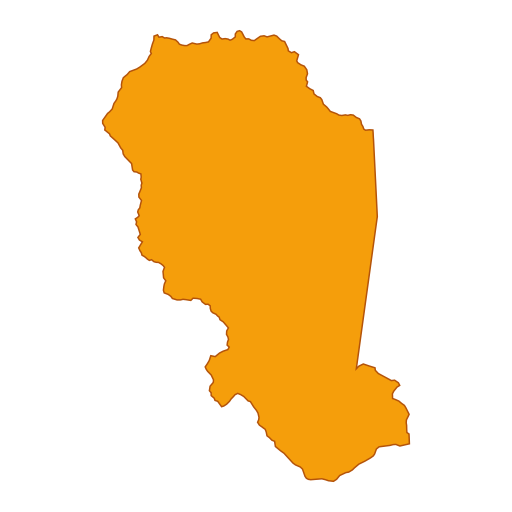 Lagoa Grande, Pernambuco, Brazil
{"feature_id": "56859067B53919588563168", "entity_name": "Lagoa Grande", "entity_type": "district", "adm_level": 2, "iso_a3": "BRA", "parent_name": "Brazil", "parent_adm1": "Pernambuco", "projection": "mercator", "projection_center": [-40.254, -8.803], "detail": "fine", "context": "isolated", "style": "filled", "palette": "amber", "viewbox_px": 512, "rotation_deg": 0, "n_neighbors": 0, "source": "geoboundaries", "source_scale": "gbopen_adm2", "svg_char_len": 4010}
<svg xmlns="http://www.w3.org/2000/svg" viewBox="0 0 512 512"><path d="M113.9,139.1L118.0,142.9L120.7,147.9L122.7,150.3L123.2,153.9L124.8,156.6L131.6,163.6L132.6,170.0L134.0,171.7L136.7,172.0L138.6,173.1L140.9,173.9L141.2,177.1L140.8,179.3L141.9,183.1L141.2,185.2L141.4,187.8L140.0,191.3L138.8,194.1L138.9,197.1L141.5,200.5L140.3,205.1L139.8,207.9L138.3,209.8L137.7,212.0L139.2,215.7L137.7,217.3L135.3,218.9L136.6,221.8L136.0,224.5L138.0,227.0L140.3,234.4L137.9,237.4L139.4,240.0L142.4,241.8L140.8,244.4L138.7,247.9L140.0,250.8L141.3,252.7L142.0,255.2L144.2,256.4L145.9,257.7L147.4,259.1L149.4,260.4L151.5,259.7L154.0,261.7L156.3,262.3L158.5,262.4L161.1,263.9L163.2,265.6L164.5,267.3L163.0,271.4L163.6,277.8L165.8,280.8L164.4,283.9L163.9,286.3L163.4,290.2L164.2,292.9L168.2,294.4L170.8,296.3L172.4,298.5L177.0,299.9L180.5,299.9L183.0,299.3L185.7,299.6L190.8,300.4L193.1,298.2L197.2,298.5L200.6,299.2L202.2,301.9L205.5,304.4L208.0,304.2L210.2,305.8L210.3,308.5L211.1,311.1L212.7,312.7L216.1,314.3L217.5,315.9L219.2,317.2L220.0,319.7L223.3,321.9L228.4,327.9L226.7,331.0L226.5,334.4L227.9,336.9L228.5,339.4L227.5,342.1L227.1,345.1L229.2,347.1L227.8,349.6L223.1,351.2L219.6,353.0L215.2,356.6L210.8,355.7L209.3,360.4L207.2,364.0L205.2,366.9L206.2,369.2L207.6,371.3L211.2,375.0L213.5,379.8L213.3,382.4L210.1,386.2L209.4,390.7L211.1,392.7L211.2,395.6L214.2,398.2L215.0,400.4L217.7,401.3L221.6,406.7L223.8,406.0L226.6,404.2L229.5,401.3L231.0,399.1L233.5,396.5L235.0,394.7L237.7,393.4L240.7,394.6L243.8,396.5L248.1,400.9L250.4,401.6L253.7,406.9L256.4,410.3L258.0,413.1L259.0,417.4L258.7,419.7L257.6,422.3L259.4,425.1L265.2,429.3L266.2,431.9L267.0,435.8L269.4,437.6L271.9,440.2L274.6,441.3L275.4,446.5L280.6,450.8L284.1,453.3L285.6,455.0L293.0,463.1L295.5,464.9L300.3,467.0L302.5,469.1L305.0,476.3L306.4,478.3L308.3,479.3L310.7,479.7L316.6,479.2L321.9,478.8L325.5,479.7L328.4,480.7L333.5,481.3L336.6,479.3L339.7,475.5L345.9,472.6L348.7,472.1L352.4,469.9L354.4,467.9L358.9,464.1L364.8,461.2L370.5,457.9L373.3,455.9L374.6,454.0L376.4,449.0L379.1,446.8L390.0,445.4L393.0,444.6L395.8,444.4L399.9,446.0L409.4,443.8L409.2,438.5L409.0,434.0L406.9,432.5L406.7,429.6L406.6,425.4L406.2,422.8L406.4,419.9L408.2,416.3L409.1,414.3L405.9,407.9L404.4,405.4L401.6,403.4L398.9,401.1L395.3,399.5L392.6,398.5L392.4,393.8L393.8,391.1L395.5,389.0L397.0,387.1L399.7,385.4L398.4,382.8L394.6,380.2L391.4,380.6L378.3,373.5L375.3,370.3L375.0,367.8L369.2,366.0L363.3,364.0L358.8,366.2L356.3,368.8L359.8,343.4L376.1,225.2L377.3,216.6L373.5,139.6L373.3,136.9L373.1,132.6L372.9,130.0L369.3,129.8L365.5,130.2L363.8,129.1L362.9,126.5L361.5,124.2L360.9,121.0L359.5,118.8L356.2,117.4L353.3,115.1L350.5,114.7L347.8,115.4L345.4,114.9L341.8,115.5L338.9,115.1L336.8,113.8L330.3,111.4L328.4,109.0L326.8,107.1L323.4,104.2L321.8,99.6L320.3,97.7L317.2,96.5L314.0,93.9L313.2,90.5L309.9,88.8L306.4,86.3L307.6,81.8L306.2,80.1L306.1,77.6L307.5,73.8L306.8,69.8L304.3,66.2L300.9,64.8L297.7,62.7L296.7,60.9L298.5,54.7L294.4,51.7L291.4,52.7L288.3,50.8L288.0,48.5L284.6,41.5L281.8,40.8L280.2,39.5L278.3,37.7L276.7,36.1L274.0,35.1L270.1,36.1L267.1,36.9L264.1,35.8L260.4,36.3L256.8,38.8L254.3,40.6L251.3,40.3L248.8,38.9L245.8,38.9L244.2,36.9L242.9,34.3L241.6,31.9L239.6,30.7L237.1,31.4L235.3,34.0L235.3,36.9L232.3,39.3L230.0,40.2L228.1,39.1L225.2,38.6L222.0,39.0L219.7,37.5L218.3,34.7L217.2,32.4L213.6,32.9L211.2,34.8L211.1,38.2L208.5,41.9L205.7,42.5L202.5,42.9L199.6,43.8L196.8,44.1L192.2,43.0L189.2,44.4L187.0,45.6L184.8,45.6L181.9,45.1L179.4,44.2L177.9,42.1L175.5,39.9L172.2,39.1L169.4,38.3L166.6,37.8L164.5,38.0L162.2,36.6L159.0,37.2L157.5,34.8L154.0,36.1L153.9,40.0L152.4,44.1L151.1,48.7L150.4,51.5L151.3,53.5L149.1,56.5L147.4,60.2L144.8,63.4L139.8,67.1L136.7,69.0L129.7,71.6L127.2,74.5L123.4,77.6L122.0,81.2L121.4,84.8L121.6,87.6L118.2,92.1L117.8,96.2L117.0,98.7L116.0,100.6L114.0,103.4L112.2,109.0L109.5,111.9L107.6,113.4L102.6,120.5L102.7,123.4L105.1,127.3L104.8,130.0L109.5,133.8L110.3,135.9L113.9,139.1Z" fill="#f59e0b" stroke="#b45309" stroke-width="1.5"/></svg>